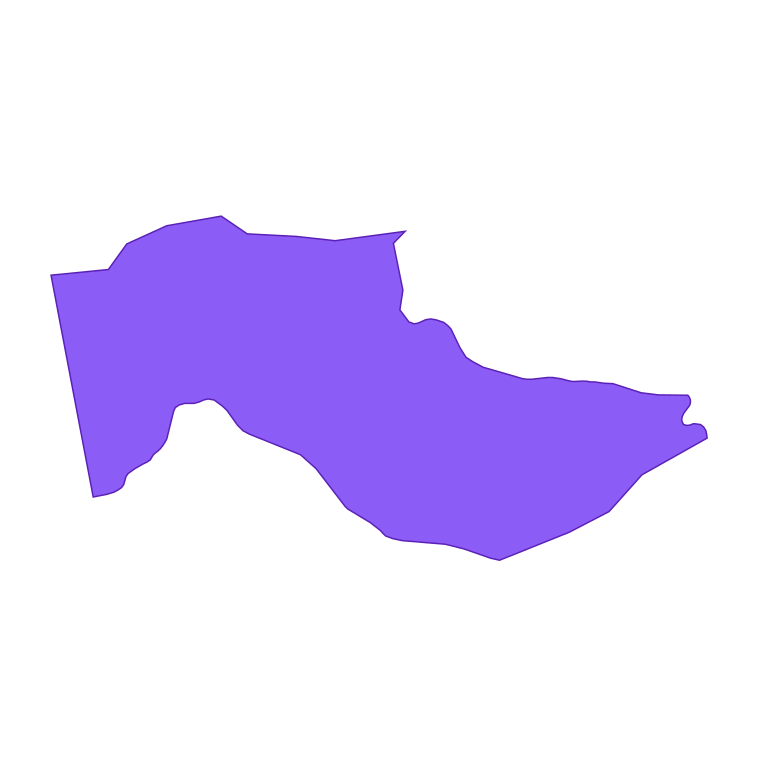 an SVG outline of Lélouma, rotated 260°
{"feature_id": "GIN-5649", "entity_name": "Lélouma", "entity_type": "Prefecture", "adm_level": 1, "iso_a3": "GIN", "parent_name": "Guinea", "parent_adm1": "", "projection": "robinson", "projection_center": [-12.765, 11.356], "detail": "fine", "context": "isolated", "style": "filled", "palette": "violet", "viewbox_px": 768, "rotation_deg": 260, "n_neighbors": 0, "source": "natural_earth", "source_scale": "10m", "svg_char_len": 1523}
<svg xmlns="http://www.w3.org/2000/svg" viewBox="0 0 768 768"><g transform="rotate(260 384 384)"><path d="M274.6,692.8L249.8,622.3L219.3,583.5L205.8,540.5L190.4,467.2L193.9,458.8L207.8,433.9L215.6,416.4L226.5,375.0L230.3,365.6L234.0,359.3L237.1,357.0L240.4,355.0L250.0,346.3L267.0,326.8L270.1,324.5L312.4,302.4L328.9,289.4L358.0,242.7L362.4,237.1L369.0,232.5L385.0,224.9L390.1,221.2L397.7,214.0L399.8,208.2L399.6,203.8L398.4,199.0L397.9,193.4L399.5,184.3L398.9,178.6L397.0,174.4L393.7,172.1L367.6,160.5L364.7,158.2L361.8,155.5L359.1,152.5L357.0,149.3L355.5,146.3L354.0,144.2L349.8,140.6L348.2,136.9L347.0,132.5L343.9,124.0L340.3,116.5L337.6,113.8L330.3,110.3L327.5,107.5L325.7,103.4L324.4,99.5L323.5,92.4L323.2,78.0L549.0,75.0L544.6,132.4L566.6,155.0L577.6,197.6L577.6,252.8L555.6,275.4L544.6,323.1L533.6,360.8L530.7,431.3L520.9,417.7L473.1,418.9L454.2,412.5L440.8,419.3L438.1,423.9L438.0,428.0L440.1,436.4L439.9,441.6L438.0,446.7L434.3,453.5L430.5,456.9L426.6,459.5L406.6,465.1L396.1,469.4L390.6,475.2L383.3,484.5L365.1,521.6L363.8,525.8L363.0,530.7L362.0,546.3L361.2,551.0L358.4,559.3L355.0,566.7L353.6,570.6L352.4,579.9L351.5,584.2L350.1,588.1L349.3,592.4L346.7,600.2L344.6,609.5L330.7,635.7L325.6,652.4L320.2,681.1L319.5,681.7L317.7,682.5L314.9,683.0L312.1,682.4L310.4,681.6L309.7,681.1L303.2,674.2L299.9,671.9L296.4,670.8L292.1,671.9L290.6,675.1L290.4,678.4L290.9,680.2L291.1,681.8L290.7,683.8L289.1,688.7L286.2,691.3L282.2,692.9L278.3,693.0L274.6,692.8Z" fill="#8b5cf6" stroke="#5b21b6" stroke-width="1.5"/></g></svg>